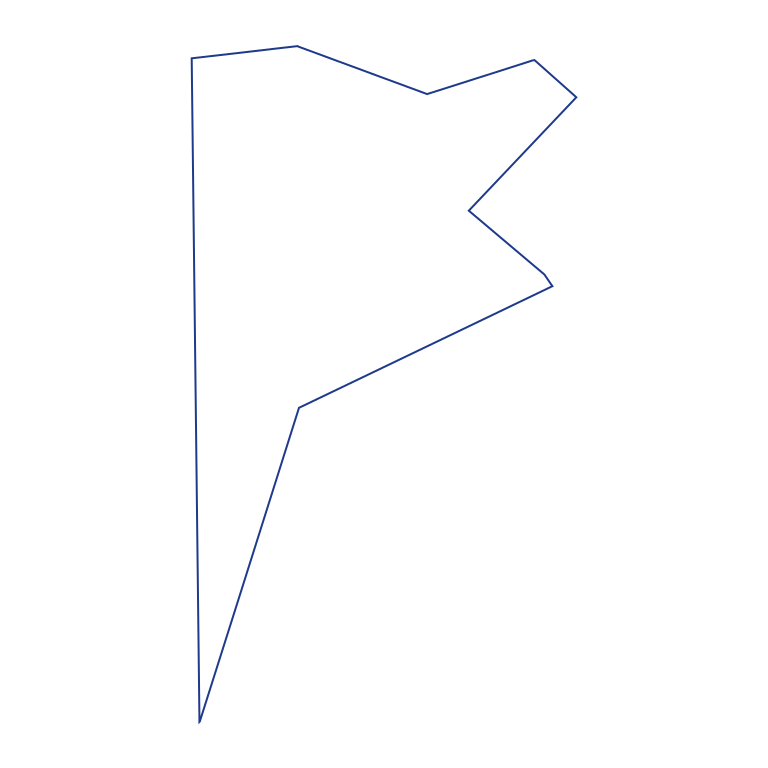 Zemam Out, Al Iskandariyah, Egypt (orthographic projection)
{"feature_id": "37247803B99104887182997", "entity_name": "Zemam Out", "entity_type": "district", "adm_level": 2, "iso_a3": "EGY", "parent_name": "Egypt", "parent_adm1": "Al Iskandariyah", "projection": "orthographic", "projection_center": [29.809, 30.516], "detail": "fine", "context": "isolated", "style": "outline", "palette": "blue", "viewbox_px": 768, "rotation_deg": 0, "n_neighbors": 0, "source": "geoboundaries", "source_scale": "gbopen_adm2", "svg_char_len": 459}
<svg xmlns="http://www.w3.org/2000/svg" viewBox="0 0 768 768"><path d="M534.5,60.1L532.7,60.4L485.2,75.6L475.4,78.7L427.3,94.0L427.2,94.1L426.6,93.9L298.1,46.5L297.7,46.1L273.2,48.9L270.0,49.3L191.7,58.3L199.4,716.4L199.4,718.3L199.4,721.9L199.8,721.5L238.1,600.6L299.0,407.8L515.9,303.7L551.7,286.5L552.4,286.2L551.7,285.2L544.4,274.5L525.3,258.4L468.8,210.7L574.8,98.9L576.3,97.3L574.8,95.9L534.5,60.1Z" fill="none" stroke="#1e3a8a" stroke-width="2"/></svg>